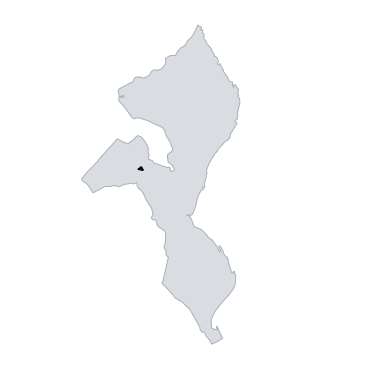 Cidade De Tete, Tete, Mozambique (highlighted), rotated 331°
{"feature_id": "85939544B33116803936279", "entity_name": "Cidade De Tete", "entity_type": "district", "adm_level": 2, "iso_a3": "MOZ", "parent_name": "Mozambique", "parent_adm1": "Tete", "projection": "orthographic", "projection_center": [33.575, -16.158], "detail": "fine", "context": "in_parent", "style": "filled", "palette": "ink", "viewbox_px": 384, "rotation_deg": 331, "n_neighbors": 0, "source": "geoboundaries", "source_scale": "gbopen_adm2", "svg_char_len": 4571}
<svg xmlns="http://www.w3.org/2000/svg" viewBox="0 0 384 384"><g transform="rotate(331 192 192)"><path d="M121.4,257.4L123.6,255.6L138.9,238.5L139.8,237.9L138.6,235.0L140.5,231.7L140.8,226.6L141.4,225.8L143.7,224.1L147.0,218.8L149.0,214.7L149.2,212.8L146.3,207.2L145.4,204.2L146.3,201.6L146.6,199.2L146.2,198.4L144.3,197.4L144.0,196.4L144.0,195.1L144.4,194.4L146.6,193.2L147.1,192.6L148.9,186.1L148.3,181.2L148.2,175.6L148.7,169.8L148.4,166.5L147.0,162.8L146.9,160.1L147.9,158.2L148.1,157.0L144.6,156.4L142.8,154.9L136.1,152.4L131.0,152.1L126.7,148.4L123.3,147.8L119.0,145.1L105.5,144.8L105.0,144.5L104.4,136.1L103.8,133.4L102.1,130.5L101.6,128.4L101.7,127.1L109.2,124.0L123.9,119.5L127.1,118.1L152.3,109.4L153.0,109.9L155.5,114.3L159.7,119.2L160.7,118.5L166.8,117.7L167.7,117.1L169.5,116.7L171.6,116.4L172.3,116.7L174.5,119.7L175.3,125.5L175.4,129.3L175.1,132.1L173.3,135.3L172.0,139.3L170.0,141.5L170.1,142.5L172.2,144.9L172.7,145.9L172.6,148.0L172.9,148.8L174.8,150.1L176.2,152.1L181.6,157.9L183.0,159.0L184.1,159.3L184.6,160.4L184.3,161.7L183.4,162.5L183.8,163.6L184.8,164.4L187.3,164.3L187.6,163.9L187.5,158.8L186.6,155.8L185.6,154.4L187.7,148.9L188.9,147.4L193.0,146.8L194.8,146.3L195.6,145.7L196.2,143.9L196.8,139.0L197.0,134.4L196.6,131.7L197.2,127.6L198.2,125.1L197.7,124.6L197.4,121.2L187.3,107.5L181.5,101.3L180.5,100.7L177.3,100.2L175.6,97.9L174.3,85.7L172.2,76.9L175.6,71.0L176.7,67.3L177.4,66.7L180.3,66.5L190.5,66.7L193.0,67.1L194.2,66.7L196.9,64.5L199.1,64.6L202.0,66.0L203.6,67.3L203.9,68.4L205.8,69.1L209.5,69.3L212.2,68.8L213.9,67.5L215.6,66.8L217.5,66.8L218.8,67.3L219.8,68.2L221.6,69.0L224.2,69.4L227.2,68.9L230.3,67.3L232.2,65.6L233.2,62.7L233.8,62.3L238.2,62.1L240.6,62.8L243.6,64.6L248.9,61.5L252.2,60.5L255.4,60.6L258.0,59.9L260.0,58.4L262.2,57.5L266.6,56.4L269.6,54.9L277.9,48.9L278.8,50.8L280.4,52.5L278.2,54.2L280.1,55.4L278.6,57.1L278.4,58.3L279.1,59.5L278.1,61.5L276.9,63.0L276.5,64.1L277.5,66.2L276.9,69.9L278.4,76.0L277.9,78.0L278.1,82.9L277.5,84.6L278.5,85.2L279.0,87.2L278.4,90.5L276.6,91.8L276.4,93.2L278.6,93.3L278.5,97.5L278.2,98.7L278.7,100.2L278.0,101.7L278.6,108.5L278.5,113.4L278.6,114.2L280.5,115.1L280.4,116.4L279.1,118.1L279.1,120.7L280.6,118.7L281.4,118.7L282.1,119.6L282.0,122.5L282.4,124.0L282.2,125.3L279.8,127.7L279.7,130.0L278.8,130.3L278.3,130.9L278.9,132.3L278.8,133.5L277.1,137.2L269.3,145.8L269.0,147.4L267.0,150.1L264.9,150.5L263.7,151.2L264.6,153.7L254.2,159.7L253.2,160.6L251.5,162.9L248.1,164.0L244.5,164.0L243.9,164.5L235.6,167.2L233.9,168.6L230.4,169.8L224.8,172.8L220.3,175.7L215.1,180.1L214.4,182.5L211.9,185.6L208.2,189.2L206.1,192.3L205.9,193.6L204.6,194.0L203.6,192.7L203.1,195.2L202.2,195.4L201.2,194.9L196.7,197.5L193.3,200.4L188.4,206.2L181.4,211.8L179.9,211.9L177.7,209.9L176.5,209.8L178.3,211.9L178.1,216.6L177.2,222.1L177.3,223.4L181.9,229.2L184.0,236.1L184.2,239.6L186.4,244.1L187.3,250.9L187.1,257.2L188.1,258.3L188.6,257.3L188.8,253.4L189.4,252.3L190.0,252.5L190.6,254.7L190.7,256.9L189.8,261.8L190.1,263.8L191.2,267.2L189.8,271.1L187.6,281.8L188.1,282.5L189.1,282.7L189.5,281.6L190.1,281.6L190.4,282.3L189.5,286.5L188.6,288.3L185.6,292.8L184.0,294.7L181.4,296.6L175.2,299.6L162.8,303.8L155.0,307.2L148.9,311.2L146.2,313.9L145.1,317.0L143.0,320.2L144.9,322.8L147.2,324.7L148.2,321.6L148.8,321.5L147.8,334.8L139.4,335.1L137.0,334.6L135.6,334.7L135.5,329.2L134.4,325.0L134.8,322.1L134.6,320.5L132.8,319.4L132.4,316.2L133.4,313.8L133.1,293.3L130.0,283.4L125.8,276.3L125.5,272.7L123.6,264.8L121.4,257.4ZM177.8,76.1L178.9,75.5L179.0,74.5L178.3,74.0L177.7,74.1L177.4,75.7L177.8,76.1ZM177.1,74.2L176.2,73.5L175.6,73.7L175.3,74.3L176.0,75.1L176.7,75.1L177.1,74.2Z" fill="#d9dde1" stroke="#a8b0b8" stroke-width="1"/><path d="M160.1,148.8L160.1,148.7L159.9,148.6L159.8,148.4L159.7,148.2L159.4,148.0L159.4,147.9L159.3,147.7L159.5,147.6L159.7,147.4L159.8,147.4L159.8,147.2L159.9,146.9L159.8,146.7L160.0,146.5L160.0,146.4L159.9,146.2L159.8,145.9L159.7,145.9L159.7,145.7L159.5,145.4L159.4,145.4L159.2,145.4L159.1,145.5L158.9,145.5L158.7,145.5L158.4,145.6L158.2,145.6L158.0,145.8L157.9,145.8L157.7,145.9L157.7,146.0L157.4,146.2L157.2,146.0L157.1,145.9L156.9,145.8L156.8,145.7L156.7,145.7L156.6,145.8L156.4,145.8L156.2,145.9L156.1,146.0L156.2,146.3L156.3,146.3L156.3,146.5L156.5,146.6L156.7,146.8L156.8,146.9L157.0,147.0L157.3,147.0L157.5,147.2L157.6,147.3L157.8,147.4L157.9,147.5L158.0,147.5L158.2,147.8L158.3,147.8L158.5,148.0L158.6,148.3L158.6,148.5L158.8,148.7L159.0,148.8L159.2,149.0L159.3,149.0L159.5,149.1L159.8,149.0L160.0,148.9L160.1,148.8Z" fill="#0f172a" stroke="#020617" stroke-width="1.5"/></g></svg>